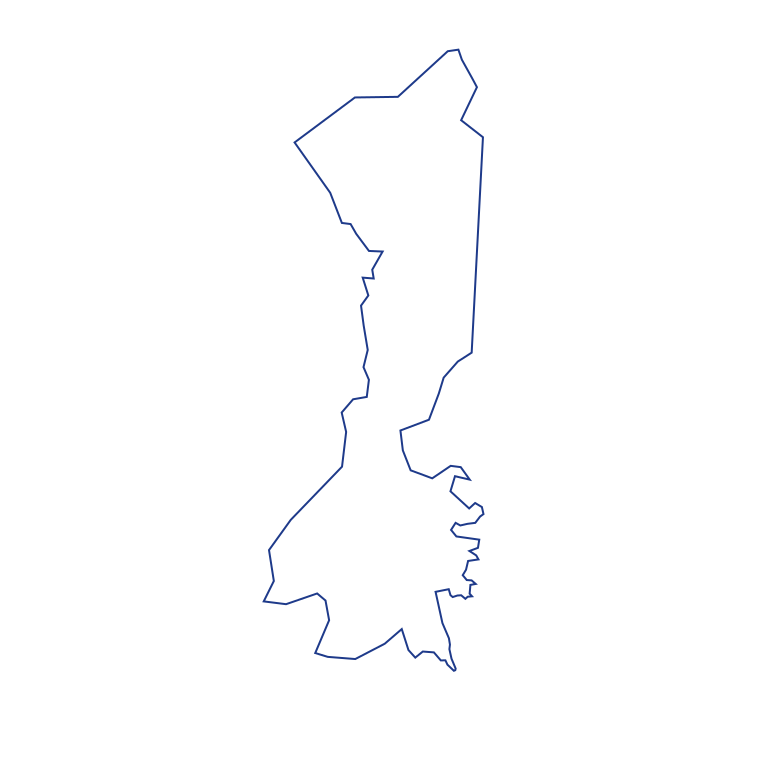 outline of Agios Ioannis Selemani, Nicosia, Cyprus, rotated 161°
{"feature_id": "46923920B8865059682023", "entity_name": "Agios Ioannis Selemani", "entity_type": "district", "adm_level": 2, "iso_a3": "CYP", "parent_name": "Cyprus", "parent_adm1": "Nicosia", "projection": "equal_earth", "projection_center": [32.7, 35.14], "detail": "fine", "context": "isolated", "style": "outline", "palette": "blue", "viewbox_px": 768, "rotation_deg": 161, "n_neighbors": 0, "source": "geoboundaries", "source_scale": "gbopen_adm2", "svg_char_len": 1458}
<svg xmlns="http://www.w3.org/2000/svg" viewBox="0 0 768 768"><g transform="rotate(161 384 384)"><path d="M568.5,217.6L548.3,207.7L515.4,207.7L509.8,198.3L512.8,178.5L536.6,152.0L526.0,144.3L500.7,133.3L467.8,138.2L447.0,146.5L447.5,124.5L443.5,115.1L434.4,118.4L424.2,114.0L420.3,104.2L415.9,102.7L415.4,98.0L411.3,90.1L409.8,90.2L408.9,91.6L409.6,102.3L408.5,112.0L406.5,116.1L405.4,122.4L406.6,138.9L402.9,170.7L389.6,168.9L389.9,162.7L388.4,160.2L383.4,160.1L379.8,159.1L377.0,154.4L374.1,155.6L369.9,154.6L371.3,157.9L367.7,165.9L362.4,165.1L365.1,169.8L369.6,171.7L371.8,177.6L366.9,181.7L362.1,189.3L351.8,187.4L352.6,191.9L357.6,198.3L348.5,198.5L344.6,205.8L365.2,216.3L368.1,224.2L361.5,229.4L357.9,225.4L350.6,224.6L342.9,223.0L336.3,227.4L332.3,228.6L331.5,235.8L336.6,241.8L344.0,238.6L356.1,260.9L346.9,273.7L334.1,265.7L338.5,280.4L347.6,284.9L369.1,279.1L386.9,293.7L387.8,315.1L383.6,334.7L353.1,335.6L335.3,357.1L325.5,370.6L306.9,381.2L290.9,385.1L210.1,585.1L225.2,608.3L199.5,634.4L200.3,639.5L201.2,645.0L204.8,665.3L204.8,675.9L215.4,677.9L277.4,651.0L318.2,664.4L389.9,641.5L372.6,582.3L371.4,550.0L363.5,546.1L361.4,535.1L358.8,526.9L354.9,514.7L342.2,509.7L357.9,495.9L359.4,487.1L369.5,491.5L370.0,472.8L380.2,465.6L384.2,445.8L388.3,421.5L397.9,406.6L396.9,392.9L404.5,377.4L418.2,379.6L433.3,370.8L435.4,351.0L450.6,319.5L516.4,285.9L546.8,264.4L552.3,233.6L568.5,217.6Z" fill="none" stroke="#1e3a8a" stroke-width="2"/></g></svg>